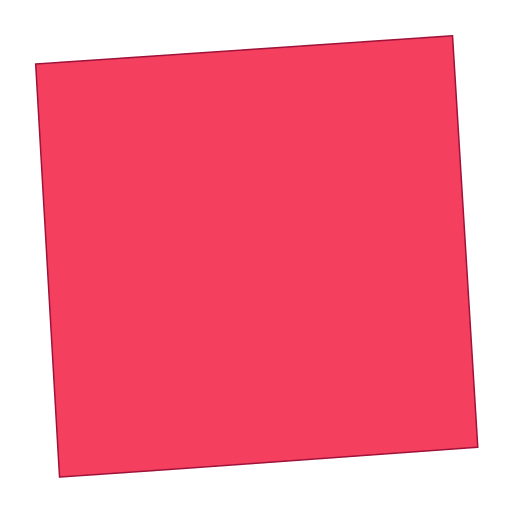 Armstrong, Texas, United States of America (Mercator projection), rotated 356°
{"feature_id": "52423323B62682340625208", "entity_name": "Armstrong", "entity_type": "district", "adm_level": 2, "iso_a3": "USA", "parent_name": "United States of America", "parent_adm1": "Texas", "projection": "mercator", "projection_center": [-101.331, 34.965], "detail": "fine", "context": "isolated", "style": "filled", "palette": "rose", "viewbox_px": 512, "rotation_deg": 356, "n_neighbors": 0, "source": "geoboundaries", "source_scale": "gbopen_adm2", "svg_char_len": 238}
<svg xmlns="http://www.w3.org/2000/svg" viewBox="0 0 512 512"><g transform="rotate(356 256 256)"><path d="M467.4,50.0L49.6,49.1L44.6,462.8L167.4,462.9L463.9,462.2L467.4,50.0Z" fill="#f43f5e" stroke="#9f1239" stroke-width="1.5"/></g></svg>